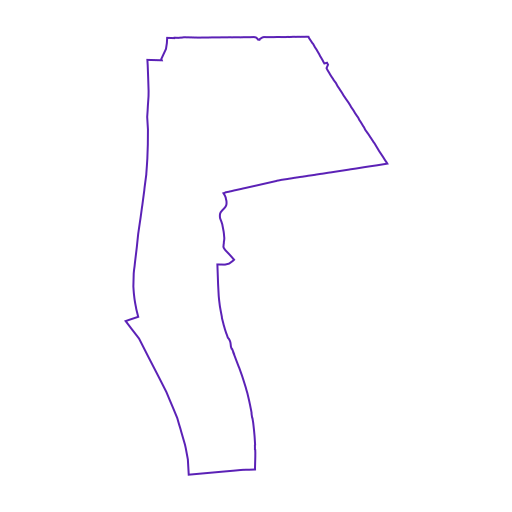 outline of Hardinxveld-Giessendam, Zuid-Holland, Netherlands, rotated 92°
{"feature_id": "6326949B10391839507344", "entity_name": "Hardinxveld-Giessendam", "entity_type": "district", "adm_level": 2, "iso_a3": "NLD", "parent_name": "Netherlands", "parent_adm1": "Zuid-Holland", "projection": "mercator", "projection_center": [4.846, 51.839], "detail": "fine", "context": "isolated", "style": "outline", "palette": "violet", "viewbox_px": 512, "rotation_deg": 92, "n_neighbors": 0, "source": "geoboundaries", "source_scale": "gbopen_adm2", "svg_char_len": 5882}
<svg xmlns="http://www.w3.org/2000/svg" viewBox="0 0 512 512"><g transform="rotate(92 256 256)"><path d="M325.6,384.0L333.2,377.8L342.6,370.0L347.3,367.4L360.5,360.1L371.9,353.7L380.8,348.7L395.1,340.8L402.1,337.6L410.9,333.5L420.8,329.0L426.4,327.2L431.6,325.4L433.9,324.7L447.0,320.4L450.5,319.5L461.7,317.0L467.1,316.5L473.6,315.9L476.9,315.6L476.5,312.4L475.5,304.4L472.5,280.4L471.3,270.6L470.5,264.6L470.2,262.0L469.9,257.7L469.9,256.2L469.4,249.5L467.8,249.6L456.8,249.7L453.0,249.8L449.7,250.0L449.4,250.3L446.8,250.4L445.1,250.5L444.8,250.3L437.5,251.0L435.7,251.2L430.2,251.9L424.7,252.7L422.7,253.0L418.1,253.9L417.8,254.2L415.7,254.6L413.6,255.0L413.2,254.9L410.8,255.4L406.6,256.4L405.3,256.7L400.9,257.8L398.3,258.5L393.5,259.8L391.7,260.4L389.9,261.0L388.2,261.5L382.5,263.5L380.8,264.1L379.4,264.6L376.1,265.8L371.8,267.5L368.5,268.8L366.8,269.6L359.7,272.6L357.5,273.5L354.0,275.0L354.0,274.8L351.2,276.0L349.8,276.6L349.6,277.1L347.5,277.9L346.1,278.1L344.7,278.3L343.2,278.6L342.6,278.8L342.0,279.0L341.0,279.5L339.6,280.3L339.5,280.5L338.6,281.3L335.2,282.6L334.4,283.0L331.4,284.1L330.0,284.6L328.7,285.0L325.7,286.0L324.9,286.2L319.1,287.9L318.0,288.0L312.3,289.3L307.7,290.3L306.5,290.5L301.5,291.3L297.8,291.8L296.9,291.9L285.6,292.9L278.4,293.4L265.8,294.3L265.7,286.9L265.7,286.7L264.6,282.8L264.3,282.3L261.7,279.0L260.5,277.8L258.1,280.0L255.1,282.9L251.9,286.2L251.3,286.8L250.8,287.2L250.3,287.6L249.3,288.3L248.8,288.6L248.2,288.8L247.8,288.9L247.3,288.8L246.0,288.8L244.4,288.6L243.0,288.6L241.6,288.4L240.1,288.3L239.2,288.3L237.7,288.5L236.1,288.7L234.5,288.9L232.7,289.2L226.5,290.6L225.6,290.8L222.8,291.8L221.0,292.6L219.5,293.2L218.4,293.4L217.3,293.5L216.2,293.5L215.2,293.4L214.5,293.2L213.5,292.8L213.1,292.5L212.3,291.9L211.4,291.2L210.0,289.9L208.8,288.9L208.1,288.4L207.4,288.0L206.5,287.6L205.7,287.4L204.7,287.3L203.7,287.3L202.9,287.4L202.3,287.4L201.2,287.7L199.8,288.1L198.7,288.3L197.8,288.7L196.7,289.2L194.4,290.7L194.0,289.5L193.4,288.6L193.4,288.2L193.1,287.3L192.7,285.2L192.5,284.8L192.1,283.0L191.3,280.3L191.2,280.0L191.1,279.6L191.0,279.1L189.4,272.8L188.9,271.1L188.5,269.4L187.9,267.1L186.8,262.9L185.3,257.1L183.7,251.1L182.2,245.4L180.5,239.0L180.3,238.2L180.1,237.8L180.0,237.6L179.9,237.1L179.8,236.4L179.2,234.0L179.1,233.6L178.9,232.8L178.8,232.0L178.6,231.0L177.9,226.9L177.7,226.2L177.5,225.1L177.4,224.4L177.2,223.7L177.2,223.4L177.1,223.0L176.7,221.1L176.5,220.3L176.4,219.4L176.2,218.6L176.0,217.3L175.4,214.2L175.3,213.5L175.1,212.1L175.1,211.9L175.0,211.6L174.9,211.3L174.7,210.1L174.4,208.5L174.0,206.8L173.5,203.7L173.4,203.1L173.2,202.0L173.0,200.9L172.8,199.7L172.6,199.1L171.7,194.4L171.6,193.8L171.5,192.9L171.0,190.3L170.2,186.5L170.2,186.2L170.1,185.8L170.0,185.3L169.9,184.8L169.9,184.4L168.9,179.3L167.3,170.8L166.4,166.1L166.1,164.8L165.1,159.1L163.5,151.2L162.6,146.4L161.2,138.5L159.1,128.0L158.3,128.5L157.7,128.9L156.5,129.8L156.0,130.2L152.7,132.4L146.3,137.0L145.9,137.2L141.6,140.0L141.1,140.3L140.5,140.7L140.0,141.0L139.7,141.2L138.6,142.0L137.8,142.7L137.5,142.9L136.8,143.3L135.8,144.1L134.4,145.0L133.0,146.1L131.9,146.8L131.5,147.1L130.1,148.1L129.2,148.8L128.8,149.1L128.7,149.3L128.3,149.5L128.0,149.7L126.7,150.8L125.6,151.5L124.8,151.9L123.7,152.5L123.4,152.7L122.2,153.6L120.6,154.6L117.9,156.4L116.6,157.4L116.4,157.5L115.3,158.1L115.0,158.2L113.9,158.9L113.1,159.5L112.9,159.7L110.3,161.6L110.0,161.8L109.8,162.0L109.1,162.4L107.2,163.6L105.3,165.0L104.7,165.5L104.3,165.7L104.0,166.0L103.4,166.4L102.6,166.8L101.4,167.6L99.6,168.8L96.7,171.0L95.4,172.0L94.5,172.6L93.1,173.7L92.6,174.0L92.4,174.2L91.2,174.9L89.7,175.9L87.7,177.3L87.5,177.5L85.4,178.9L84.9,179.3L83.7,180.2L83.4,180.4L82.2,181.1L81.9,181.3L81.1,181.7L80.3,182.2L80.0,182.4L79.4,182.9L79.0,183.3L78.7,183.5L77.7,184.3L77.2,184.7L77.0,184.8L76.5,185.1L76.3,185.2L74.3,186.7L72.4,188.0L71.3,188.7L70.3,189.3L68.8,190.3L68.2,190.7L66.9,191.5L66.1,191.9L66.0,192.0L65.8,192.0L65.6,192.0L62.3,190.7L60.4,191.8L61.2,194.4L60.1,195.1L59.3,195.6L58.5,196.0L55.6,197.8L53.8,199.0L53.2,199.3L52.4,199.7L49.4,201.6L49.1,201.8L47.6,202.7L46.9,203.2L46.7,203.4L45.8,204.0L45.3,204.4L42.2,206.2L41.7,206.6L41.4,207.0L36.5,210.5L35.4,211.1L35.1,211.2L35.1,212.7L35.3,216.8L35.4,218.7L35.5,222.0L35.6,224.1L35.6,224.9L35.6,225.5L35.6,225.8L35.7,227.3L35.8,227.9L35.8,228.4L35.9,229.0L35.9,229.7L36.0,230.1L36.0,230.7L36.0,231.3L35.9,231.5L36.0,232.1L36.0,232.7L36.1,233.3L36.2,234.3L36.2,234.8L36.3,238.7L36.4,242.8L36.5,243.8L36.6,245.3L36.9,253.4L36.9,255.8L37.0,256.0L37.1,256.4L37.2,256.7L37.3,257.1L37.5,257.4L37.7,257.8L39.2,259.9L39.3,260.0L39.6,260.2L39.8,260.2L39.7,261.5L39.4,261.8L38.9,262.1L38.7,262.3L38.5,262.5L38.0,263.1L37.9,263.3L37.7,263.5L37.5,264.1L37.4,264.7L37.4,265.0L37.3,265.3L37.3,266.3L37.5,269.1L37.6,272.1L37.7,273.9L37.8,276.4L38.0,279.1L38.0,279.9L38.1,283.7L38.2,286.4L38.3,287.1L38.3,287.6L38.3,289.2L38.5,293.5L38.7,298.2L39.0,305.0L39.1,307.7L39.1,307.9L39.1,308.1L39.2,309.1L39.5,315.4L39.5,316.6L39.7,319.8L39.8,324.3L39.8,327.3L39.8,328.5L39.9,335.1L39.9,335.6L40.0,336.2L40.1,336.7L40.3,337.6L40.3,338.1L40.4,338.6L40.4,339.3L40.5,339.8L40.7,341.1L40.7,341.8L40.7,342.2L40.7,345.1L41.1,345.2L41.1,352.4L46.3,352.5L52.2,353.2L53.9,353.9L62.4,357.5L62.7,357.4L63.7,357.0L63.8,371.4L69.0,370.9L81.5,370.0L94.9,369.1L99.3,369.0L100.7,369.0L109.6,369.3L114.8,369.4L120.8,369.6L133.4,368.4L148.4,368.0L162.6,368.0L169.6,368.2L177.6,368.5L178.4,368.5L190.9,369.7L193.4,369.9L193.9,369.9L209.3,371.4L210.9,371.6L221.8,372.7L223.6,372.9L224.4,373.0L227.1,373.3L237.9,374.5L247.9,375.2L250.9,375.4L254.6,375.7L266.3,376.7L270.5,377.0L274.4,377.4L277.7,377.6L290.7,377.5L294.7,377.1L297.3,376.8L298.8,376.6L302.7,376.0L304.9,375.6L307.4,375.1L309.6,374.6L311.7,374.1L312.8,373.9L314.3,373.5L315.7,373.1L320.9,371.6L324.1,380.2L325.6,384.0Z" fill="none" stroke="#5b21b6" stroke-width="2"/></g></svg>